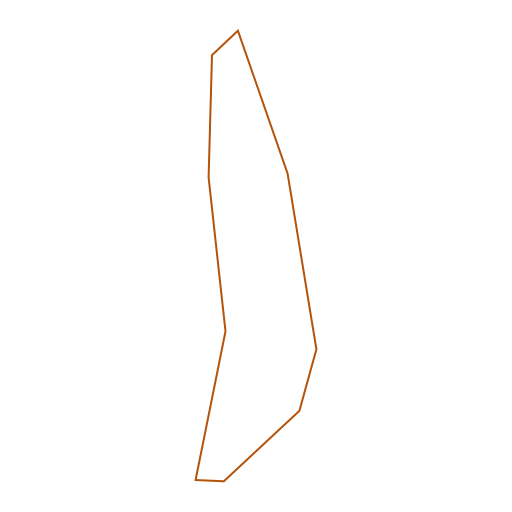 Tuvalu, Robinson projection
{"feature_id": "TUV", "entity_name": "Tuvalu", "entity_type": "country or territory", "adm_level": 0, "iso_a3": "TUV", "parent_name": "Oceania", "parent_adm1": "", "projection": "robinson", "projection_center": [179.205, -8.501], "detail": "fine", "context": "isolated", "style": "outline", "palette": "amber", "viewbox_px": 512, "rotation_deg": 0, "n_neighbors": 0, "source": "natural_earth", "source_scale": "50m", "svg_char_len": 245}
<svg xmlns="http://www.w3.org/2000/svg" viewBox="0 0 512 512"><path d="M299.4,410.8L223.8,481.3L195.6,480.0L225.5,331.3L208.6,177.5L212.0,55.1L237.9,30.7L287.6,173.6L316.4,349.3L299.4,410.8Z" fill="none" stroke="#b45309" stroke-width="2"/></svg>